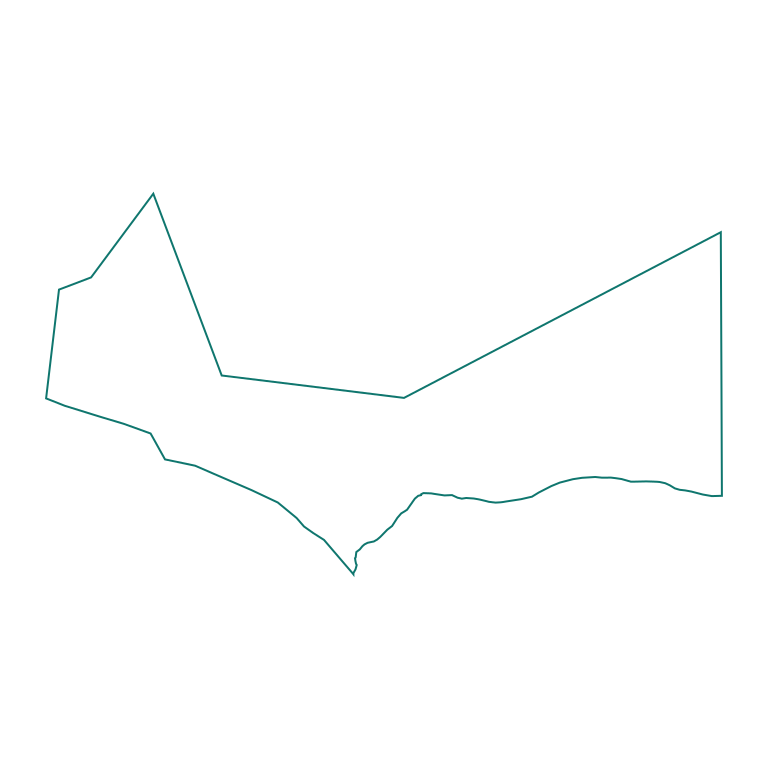 Wadi Hawar, Ennedi, Chad
{"feature_id": "50815135B62585523695590", "entity_name": "Wadi Hawar", "entity_type": "district", "adm_level": 2, "iso_a3": "TCD", "parent_name": "Chad", "parent_adm1": "Ennedi", "projection": "albers", "projection_center": [23.147, 16.028], "detail": "fine", "context": "isolated", "style": "outline", "palette": "teal", "viewbox_px": 768, "rotation_deg": 0, "n_neighbors": 0, "source": "geoboundaries", "source_scale": "gbopen_adm2", "svg_char_len": 1860}
<svg xmlns="http://www.w3.org/2000/svg" viewBox="0 0 768 768"><path d="M353.4,574.3L353.4,573.1L355.4,569.6L355.5,569.4L356.5,565.8L356.7,565.0L356.0,563.7L355.8,562.7L355.4,560.8L355.2,559.3L355.0,558.2L355.5,557.7L355.7,557.2L356.3,552.1L356.5,551.9L359.8,549.4L362.4,546.2L363.1,545.6L364.5,544.4L367.6,542.8L369.9,542.3L370.4,542.2L372.2,541.8L373.8,541.5L376.9,539.7L377.0,539.7L380.2,537.0L387.3,529.7L388.6,528.7L392.1,526.0L397.4,517.8L401.2,513.4L405.2,511.0L405.3,510.9L405.9,510.5L407.0,509.8L407.1,509.7L410.6,504.7L411.9,502.9L412.2,502.4L414.7,498.9L414.9,498.6L416.7,497.1L418.2,495.8L421.1,495.1L421.2,494.2L423.0,493.3L423.2,493.2L423.4,493.1L429.0,493.3L431.3,493.4L434.3,493.9L444.3,495.4L444.9,495.4L452.0,495.1L455.0,496.5L456.1,497.0L457.5,497.7L461.2,498.5L461.9,498.7L462.2,498.6L466.1,498.0L466.4,498.0L473.7,498.5L476.7,499.0L477.3,499.1L477.9,499.2L479.9,499.6L486.6,501.2L488.8,501.8L491.3,502.1L492.7,502.3L493.8,502.4L495.6,502.6L499.2,502.4L500.7,502.3L503.1,502.0L506.0,501.5L520.3,499.3L521.0,499.2L531.9,496.7L532.2,496.6L532.6,496.3L538.8,492.5L550.7,486.4L551.5,486.0L559.8,482.6L572.9,479.2L582.1,477.8L595.2,477.0L602.2,477.7L610.9,477.6L615.9,478.2L621.9,479.1L622.1,479.2L627.1,480.6L627.4,480.7L627.7,480.8L630.0,481.4L630.9,481.7L632.2,481.7L646.3,481.4L653.2,481.6L657.6,481.8L659.7,482.0L665.2,483.2L667.0,484.0L669.8,485.3L674.9,488.4L679.7,489.8L685.1,490.4L691.6,491.6L692.3,491.8L702.7,494.5L703.8,494.7L711.9,496.1L721.9,495.8L721.5,393.5L720.8,232.2L404.0,397.9L221.7,375.5L153.3,193.7L91.1,277.4L59.0,289.6L46.1,398.4L63.8,405.4L64.8,405.8L65.5,406.0L93.2,414.6L102.6,417.5L123.7,423.8L150.6,433.5L152.4,436.7L165.0,459.4L195.1,465.7L213.3,473.6L251.5,490.1L277.8,502.5L296.6,518.0L304.0,526.5L313.3,533.1L324.0,539.9L341.8,560.7L352.7,573.4L353.4,574.3Z" fill="none" stroke="#0f766e" stroke-width="2"/></svg>